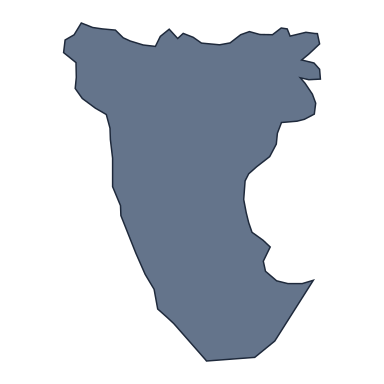 Sanida, Limassol, Cyprus
{"feature_id": "46923920B87246045221167", "entity_name": "Sanida", "entity_type": "district", "adm_level": 2, "iso_a3": "CYP", "parent_name": "Cyprus", "parent_adm1": "Limassol", "projection": "robinson", "projection_center": [33.193, 34.798], "detail": "fine", "context": "isolated", "style": "filled", "palette": "slate", "viewbox_px": 384, "rotation_deg": 0, "n_neighbors": 0, "source": "geoboundaries", "source_scale": "gbopen_adm2", "svg_char_len": 1145}
<svg xmlns="http://www.w3.org/2000/svg" viewBox="0 0 384 384"><path d="M183.2,33.4L177.7,38.5L169.2,29.2L160.3,36.4L155.4,46.4L143.3,45.0L130.2,41.0L130.0,40.9L123.2,37.8L115.4,30.1L102.4,28.9L92.7,27.5L81.3,23.0L74.1,34.8L65.1,40.0L63.6,52.6L76.0,62.6L76.3,77.4L75.2,88.5L82.3,98.5L95.4,108.2L106.3,114.5L110.0,128.2L110.4,139.7L112.6,158.2L112.6,172.6L112.6,186.7L113.0,187.6L120.5,205.6L120.9,215.6L135.9,253.3L145.2,274.4L154.1,289.3L157.7,309.0L166.8,317.1L173.7,323.5L205.3,359.5L206.5,361.0L253.0,357.5L254.7,357.4L274.8,341.0L313.3,280.3L302.2,283.6L287.9,283.6L276.6,280.8L265.5,271.3L263.3,261.2L270.2,247.0L263.0,240.2L252.0,232.3L248.7,222.7L246.2,212.6L243.7,199.5L245.1,180.9L248.7,173.8L256.7,166.7L269.7,156.6L276.3,144.1L277.4,133.2L281.5,122.5L297.0,121.2L304.4,119.3L314.3,114.1L315.7,103.2L312.4,94.2L305.0,83.2L300.3,77.8L308.8,79.7L320.4,79.1L319.6,69.3L314.0,63.0L301.6,60.0L309.1,53.8L319.6,43.9L317.4,33.6L314.9,33.5L305.9,32.3L290.1,36.1L287.2,28.9L281.2,28.0L272.5,34.7L259.9,34.5L249.4,31.6L240.7,34.7L230.1,42.9L219.6,44.8L201.5,43.1L193.2,37.3L183.2,33.4Z" fill="#64748b" stroke="#1e293b" stroke-width="1.5"/></svg>